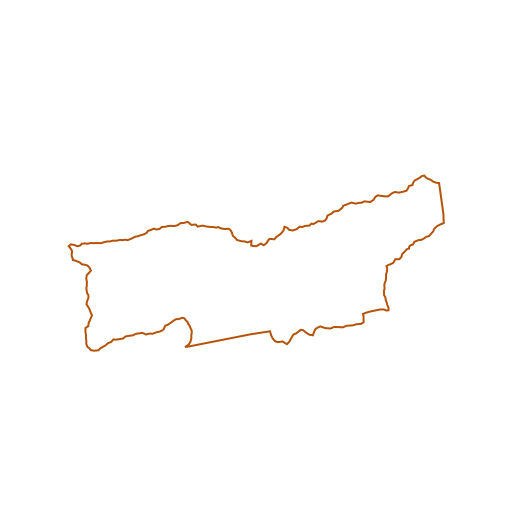 outline of Valparaíso, São Paulo, Brazil, rotated 51°
{"feature_id": "56859067B36318680316705", "entity_name": "Valparaíso", "entity_type": "district", "adm_level": 2, "iso_a3": "BRA", "parent_name": "Brazil", "parent_adm1": "São Paulo", "projection": "natural_earth1", "projection_center": [-50.937, -21.188], "detail": "fine", "context": "isolated", "style": "outline", "palette": "amber", "viewbox_px": 512, "rotation_deg": 51, "n_neighbors": 0, "source": "geoboundaries", "source_scale": "gbopen_adm2", "svg_char_len": 4129}
<svg xmlns="http://www.w3.org/2000/svg" viewBox="0 0 512 512"><g transform="rotate(51 256 256)"><path d="M225.1,443.7L227.6,441.6L230.0,438.0L229.8,434.8L230.2,432.4L230.8,429.2L230.6,425.8L231.7,422.7L231.1,419.4L233.2,417.1L234.7,414.3L236.4,411.4L236.4,407.9L237.7,405.7L238.8,403.8L240.2,401.6L240.6,399.5L241.4,397.3L242.9,395.1L243.9,393.0L245.6,391.9L247.8,390.9L249.2,387.7L251.4,385.2L252.7,381.2L254.1,378.5L254.8,376.3L254.8,373.8L253.0,370.4L254.0,367.6L254.2,364.5L254.4,360.9L254.8,357.7L256.3,356.0L257.7,352.0L259.5,350.9L261.7,351.0L264.1,350.7L266.2,351.4L268.9,351.6L271.5,352.5L273.3,352.8L275.2,354.2L277.0,356.3L279.3,358.1L281.7,361.4L282.5,364.3L282.1,368.4L284.6,364.1L313.1,310.1L323.3,292.5L327.3,294.2L330.0,294.8L332.3,294.9L334.2,294.8L336.2,293.7L337.8,291.5L339.2,289.0L341.3,288.5L344.0,287.4L343.5,283.9L342.6,281.8L341.6,279.3L340.6,276.4L341.3,273.9L341.5,271.1L341.5,267.7L343.2,266.1L346.0,265.5L348.2,264.9L350.7,264.1L353.4,261.7L351.1,257.9L350.1,255.4L350.5,253.1L351.2,250.3L354.5,248.3L356.2,247.0L357.8,245.2L359.2,243.8L360.2,240.2L362.4,237.5L366.1,233.4L367.2,229.6L368.4,227.8L370.0,225.6L371.2,223.6L372.0,221.4L373.4,219.2L374.9,217.1L375.2,214.0L372.4,211.9L370.6,210.4L368.3,209.3L369.7,205.2L370.9,202.5L375.6,193.3L377.9,190.3L380.4,189.0L381.6,187.2L379.4,185.4L376.6,184.8L374.9,183.9L372.2,183.0L369.3,181.4L367.0,181.1L365.1,179.6L363.5,178.4L362.0,176.3L360.1,175.2L358.2,173.3L356.7,170.5L354.5,168.4L352.2,166.6L350.3,163.8L348.3,161.9L346.0,161.0L346.3,158.8L347.0,156.7L347.7,153.5L346.2,149.8L347.4,148.2L348.7,146.6L348.2,143.6L346.5,141.2L346.2,137.7L345.6,134.9L346.5,132.4L345.1,131.0L345.0,128.7L345.9,126.7L344.6,124.0L345.9,119.8L347.6,117.2L348.1,114.3L348.2,111.7L349.4,108.9L348.8,105.4L348.4,102.8L347.1,100.7L346.7,96.6L347.6,92.4L348.6,89.4L341.4,84.0L314.5,67.8L312.5,69.8L309.5,71.6L307.0,72.1L304.7,73.5L302.0,74.6L299.4,74.6L298.3,76.8L298.2,79.5L297.7,82.9L297.2,85.2L297.8,87.5L299.3,89.8L297.9,93.0L299.2,95.6L300.0,97.9L299.0,100.4L296.8,104.9L293.6,107.9L292.9,110.7L292.7,116.0L290.6,118.5L288.4,120.5L285.4,123.4L285.2,126.4L286.3,128.9L286.0,133.2L281.8,137.3L280.9,140.7L279.3,142.8L278.1,145.5L274.5,148.3L273.5,151.6L272.5,154.5L271.8,156.6L272.8,158.4L272.8,163.6L270.3,167.7L270.7,170.3L270.0,173.0L269.6,175.1L271.1,177.2L271.9,179.5L271.2,182.6L268.1,185.6L267.7,188.8L267.2,191.4L265.7,192.6L265.9,195.5L263.5,198.9L262.7,201.7L260.7,203.6L260.7,207.5L259.3,211.4L256.5,213.8L253.9,213.9L251.2,215.5L253.6,218.7L254.4,223.1L254.0,227.8L254.5,231.3L251.2,234.7L251.5,236.8L252.4,239.0L252.7,241.1L252.4,243.3L249.4,244.3L248.7,249.3L246.9,251.6L244.8,253.1L241.4,250.0L240.2,253.9L237.7,255.5L235.4,258.0L231.6,260.7L228.8,260.7L225.7,261.3L222.6,260.0L219.7,259.5L217.5,260.2L216.0,262.5L214.0,264.6L211.9,266.3L209.9,267.0L208.7,269.2L206.9,270.7L205.5,272.3L204.2,273.7L202.6,275.3L201.1,276.6L199.0,278.1L197.6,280.5L196.5,282.8L193.7,283.0L192.5,284.6L191.2,286.6L189.2,287.1L187.2,287.2L185.9,288.8L184.9,291.3L182.9,294.1L182.8,297.2L182.0,299.3L180.8,301.3L179.1,303.0L177.3,305.7L176.0,308.5L174.2,310.8L174.2,314.1L172.8,316.6L170.5,318.1L169.5,321.6L168.5,324.2L169.2,326.4L168.8,328.8L168.1,330.7L167.2,332.7L166.5,335.0L165.2,337.3L164.5,339.9L163.9,342.7L162.8,345.9L161.0,347.4L159.9,349.5L157.9,351.6L156.3,354.8L154.0,357.6L152.8,360.3L151.0,362.6L149.5,365.7L148.7,367.9L147.4,369.7L145.4,372.0L144.0,373.9L141.9,376.3L140.1,379.7L138.4,381.1L136.9,383.6L137.2,386.0L136.0,388.7L132.8,390.5L130.4,392.6L130.5,395.4L133.5,395.3L136.4,395.8L137.9,397.4L139.9,399.2L142.1,399.9L143.9,400.9L145.4,399.6L149.0,397.6L150.8,396.8L153.0,396.6L154.9,394.6L157.3,393.0L160.1,392.7L163.5,393.5L164.0,396.6L164.4,399.6L166.8,402.2L169.5,403.6L172.4,406.0L174.1,408.0L176.7,409.6L178.8,410.7L180.9,410.9L182.8,412.2L184.2,414.6L185.6,416.7L186.9,418.2L188.8,418.3L192.1,418.8L196.5,420.2L199.1,420.9L200.3,423.6L201.5,425.7L202.5,427.9L205.0,430.6L204.6,433.7L207.4,436.2L209.7,437.4L211.8,438.9L213.7,440.4L215.4,441.4L217.5,443.2L220.7,444.2L223.0,443.5L225.1,443.7Z" fill="none" stroke="#b45309" stroke-width="2"/></g></svg>